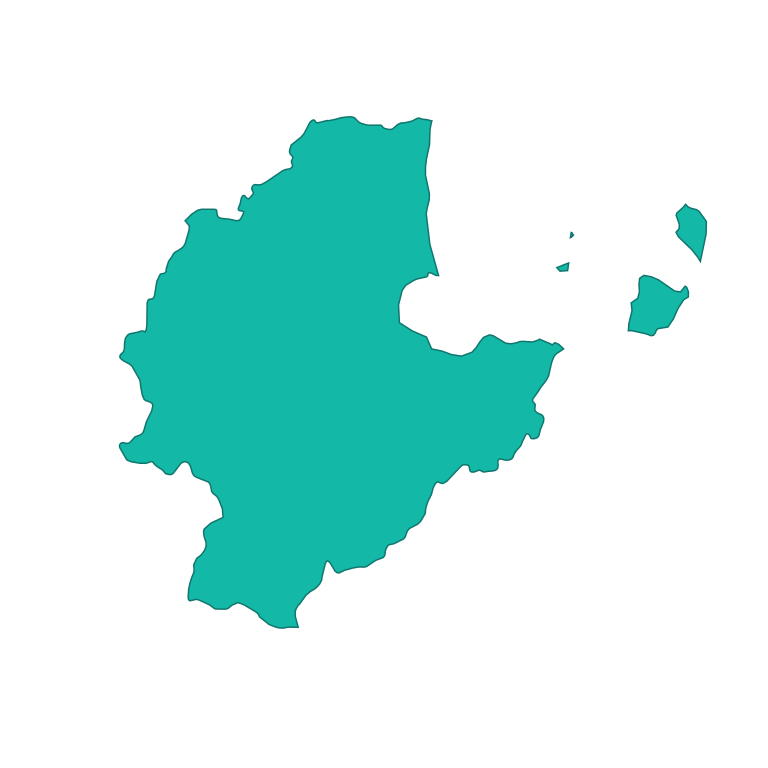 Surat Thani, Robinson projection, rotated 19°
{"feature_id": "THA-380", "entity_name": "Surat Thani", "entity_type": "Province", "adm_level": 1, "iso_a3": "THA", "parent_name": "Thailand", "parent_adm1": "", "projection": "robinson", "projection_center": [99.144, 9.058], "detail": "fine", "context": "isolated", "style": "filled", "palette": "teal", "viewbox_px": 768, "rotation_deg": 19, "n_neighbors": 0, "source": "natural_earth", "source_scale": "10m", "svg_char_len": 6174}
<svg xmlns="http://www.w3.org/2000/svg" viewBox="0 0 768 768"><g transform="rotate(19 384 384)"><path d="M343.7,119.7L343.6,120.8L344.6,128.3L349.1,142.8L350.8,156.9L352.5,165.1L355.2,173.0L365.0,189.4L366.8,195.0L367.5,203.3L368.5,209.3L381.8,236.9L400.3,263.7L397.8,264.4L392.5,263.7L389.9,264.3L389.7,265.6L390.1,267.2L389.3,268.9L381.4,273.7L378.5,276.2L372.4,283.6L370.7,289.6L372.0,304.5L378.6,321.0L393.4,324.6L408.9,325.8L417.6,335.3L428.0,334.0L438.4,334.2L448.2,332.4L456.8,325.4L459.2,319.9L460.8,313.5L463.0,307.5L467.6,303.3L471.5,302.8L485.9,305.8L491.1,304.6L495.4,302.2L498.6,299.7L501.0,298.6L510.8,295.9L516.2,291.7L516.3,291.0L528.3,291.8L530.3,292.3L532.1,289.3L536.3,289.6L542.4,292.3L537.4,298.9L536.4,300.8L535.8,302.8L535.5,306.2L535.6,310.2L537.0,322.9L535.9,328.7L533.6,335.2L531.8,342.4L529.6,349.6L529.7,351.0L530.4,352.0L533.2,353.7L533.8,354.6L534.7,358.5L535.1,359.5L535.9,360.3L538.0,361.4L543.0,361.8L544.0,362.1L545.6,363.5L546.2,364.4L547.0,366.9L547.1,368.2L546.7,377.0L547.2,381.0L547.1,383.1L546.6,384.4L545.5,385.7L543.3,387.1L541.7,387.5L540.5,387.4L538.2,385.1L537.2,384.5L536.0,384.3L535.1,384.8L534.5,386.0L534.0,390.6L533.6,392.6L533.5,397.1L532.8,399.5L530.9,403.7L529.9,407.6L529.7,411.7L529.1,413.1L527.9,414.5L525.1,416.0L523.3,416.5L518.9,416.9L517.9,417.3L517.1,418.0L516.7,419.1L516.9,420.6L518.5,424.0L518.9,426.7L518.4,428.1L517.5,429.3L515.2,430.8L511.2,432.5L507.4,434.6L506.2,434.8L502.8,434.3L501.8,434.6L497.7,438.0L495.5,438.7L494.4,438.5L493.5,438.0L491.2,434.1L490.4,433.5L488.1,433.6L484.8,434.8L483.3,437.2L475.0,455.6L472.2,458.8L470.7,459.2L466.8,459.0L465.8,459.9L465.0,461.5L464.5,464.7L464.3,466.9L464.8,473.1L463.8,480.2L463.8,486.3L464.2,489.1L465.1,492.6L465.0,493.9L463.3,502.0L461.4,505.6L455.2,512.2L454.6,513.5L454.1,515.0L453.8,517.8L453.9,521.3L453.5,522.9L452.7,524.4L445.4,531.8L440.9,534.5L440.1,536.0L439.6,539.2L439.6,541.2L440.5,545.3L440.3,546.8L439.6,548.5L433.6,553.4L427.1,562.1L425.3,563.4L419.8,565.2L414.8,567.9L407.6,572.8L403.0,577.3L401.9,577.6L400.8,577.6L398.7,576.9L391.1,570.5L389.1,569.7L388.0,569.7L387.2,571.0L387.0,573.4L388.2,586.5L388.9,589.8L388.3,593.9L386.7,597.8L385.4,600.0L381.6,604.6L379.0,609.1L375.8,619.6L374.7,621.9L374.1,625.1L374.1,628.0L375.7,632.5L382.1,642.0L372.7,645.0L368.4,647.5L364.8,648.6L361.8,649.1L355.2,648.9L353.4,648.7L342.3,644.8L339.9,642.4L337.5,641.3L323.8,638.4L319.7,638.2L317.0,638.3L312.2,642.7L309.8,646.7L308.8,647.6L307.0,648.6L298.2,651.5L297.1,651.6L290.7,649.6L279.6,648.5L277.1,648.6L276.1,649.0L271.3,652.1L270.2,652.0L269.3,651.4L268.2,649.3L266.2,641.9L265.4,636.2L265.2,630.2L265.5,624.4L265.1,621.8L263.2,617.5L263.0,616.2L263.6,610.5L264.0,609.3L265.9,606.6L267.0,604.6L268.5,599.6L268.6,595.3L267.8,592.7L266.9,591.2L263.4,586.5L261.4,582.2L261.2,579.7L265.6,571.9L275.0,562.8L275.0,561.8L274.6,560.9L271.8,554.6L265.5,547.2L264.0,545.8L262.5,544.7L258.0,543.1L256.7,542.2L255.7,541.2L254.0,538.0L252.2,535.4L250.8,534.3L249.4,533.8L237.7,533.3L235.2,532.9L233.9,532.3L232.0,530.8L227.7,524.7L224.9,522.4L223.7,522.2L221.4,522.2L220.3,522.6L218.6,524.0L217.5,526.0L213.9,536.8L212.6,538.6L210.3,539.6L206.8,539.9L202.6,537.4L196.6,536.0L193.4,534.7L190.6,533.0L189.5,533.1L188.6,533.5L186.0,535.6L184.2,536.7L178.9,538.4L170.6,539.8L166.0,539.6L165.0,539.1L155.0,530.3L154.1,528.9L153.9,527.5L154.2,526.3L154.8,525.4L155.6,524.7L156.7,524.3L160.4,523.9L162.2,522.7L162.9,521.7L165.8,515.1L170.0,511.6L171.3,509.9L171.8,508.7L172.1,505.9L171.7,498.5L171.8,495.5L173.1,485.2L172.6,480.2L171.8,478.7L170.9,477.8L168.5,477.2L164.4,477.3L162.3,476.7L159.1,473.2L154.8,465.6L152.8,461.3L151.6,459.5L139.7,449.0L136.3,447.9L129.8,446.8L126.2,445.4L125.4,444.3L125.2,443.0L125.4,441.8L127.0,438.8L127.2,437.0L126.9,434.6L125.4,429.9L124.6,425.0L125.7,421.2L127.1,419.4L134.6,415.0L137.1,413.0L139.1,412.3L141.3,412.5L141.5,409.9L140.6,405.4L133.7,384.6L133.6,381.9L134.0,380.8L134.8,380.1L135.9,379.8L137.6,378.4L138.2,377.2L138.2,374.8L135.9,361.6L135.9,359.5L136.3,356.9L136.5,354.1L136.9,352.9L137.7,352.2L139.9,351.1L140.8,350.1L141.4,348.2L140.6,346.3L140.4,338.9L140.6,337.3L141.8,333.6L142.5,329.6L143.5,327.4L146.4,324.2L149.1,320.4L149.6,319.3L150.1,316.9L150.3,315.4L149.6,302.3L149.0,299.3L148.1,297.6L142.8,294.4L146.7,286.4L150.5,281.2L152.2,279.7L154.8,278.1L166.5,274.1L168.2,273.8L169.1,274.2L171.2,278.3L172.6,280.0L174.2,280.4L176.5,280.3L184.1,278.5L191.1,277.7L192.9,276.9L194.1,276.0L194.9,273.5L195.6,268.1L195.2,267.0L194.3,266.6L190.9,267.1L189.9,266.9L189.3,266.1L189.1,264.8L189.3,260.3L188.6,254.5L189.0,252.3L189.8,251.5L190.8,251.3L193.9,253.0L195.5,253.1L196.3,252.2L198.1,247.8L198.3,246.6L198.1,245.5L195.7,243.0L195.2,241.8L195.3,239.6L195.9,238.4L196.8,237.6L200.8,236.5L203.1,235.4L206.9,231.2L218.7,215.4L220.9,213.4L225.2,211.0L226.2,209.3L226.6,207.8L226.2,206.6L224.6,205.0L224.1,204.0L223.9,202.8L224.2,200.4L223.9,199.3L223.2,198.6L220.2,196.9L219.0,195.2L218.5,192.3L218.5,188.2L225.2,177.6L226.9,173.2L228.8,160.7L230.0,158.4L231.3,157.3L232.5,157.3L234.9,158.9L235.9,158.9L244.3,153.5L246.4,152.8L251.1,150.1L256.7,146.2L262.4,143.4L266.7,141.9L269.5,141.9L274.6,144.5L277.1,145.0L282.4,144.8L285.7,144.2L296.6,140.3L297.5,140.4L299.9,141.9L301.8,142.2L305.7,141.7L307.6,141.0L309.0,140.2L312.5,134.2L315.0,131.7L318.5,130.3L325.0,126.2L328.8,122.1L330.2,121.3L331.2,121.1L333.7,121.2L338.5,120.1L343.7,119.7ZM636.9,193.5L638.7,194.0L641.9,197.8L643.4,202.7L640.0,206.6L637.4,216.8L636.4,228.3L633.9,237.7L624.8,242.6L624.0,245.0L623.8,247.8L622.9,250.2L620.8,251.4L615.8,251.2L600.8,252.9L597.7,254.1L595.9,247.2L594.6,233.8L591.3,226.8L596.0,220.4L595.5,213.7L592.8,207.2L591.3,200.9L594.4,196.7L601.8,195.6L609.8,196.2L628.5,201.5L634.4,200.4L636.9,193.5ZM625.8,118.2L635.9,125.4L639.7,137.3L643.2,165.1L639.5,162.0L631.7,157.0L614.4,148.9L610.7,145.4L612.5,141.2L611.4,137.1L605.3,129.3L605.3,126.9L609.4,119.5L610.7,115.9L613.9,117.6L617.1,117.9L622.9,117.4L625.8,118.2ZM519.2,209.4L520.7,217.0L513.7,220.0L509.5,217.7L519.2,209.4ZM514.6,181.4L513.4,184.2L512.6,184.9L511.7,179.8L512.7,179.9L513.8,181.1L514.6,181.4Z" fill="#14b8a6" stroke="#0f766e" stroke-width="1.5"/></g></svg>